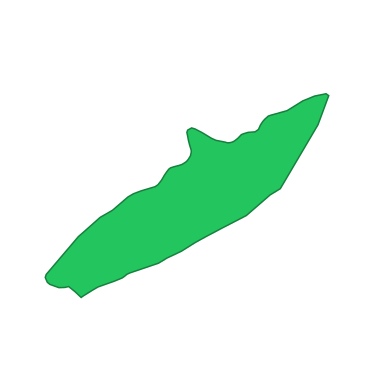 Zunilito, Suchitepéquez, Guatemala, rotated 36°
{"feature_id": "79465075B91860193952418", "entity_name": "Zunilito", "entity_type": "district", "adm_level": 2, "iso_a3": "GTM", "parent_name": "Guatemala", "parent_adm1": "Suchitepéquez", "projection": "natural_earth1", "projection_center": [-91.502, 14.633], "detail": "fine", "context": "isolated", "style": "filled", "palette": "green", "viewbox_px": 384, "rotation_deg": 36, "n_neighbors": 0, "source": "geoboundaries", "source_scale": "gbopen_adm2", "svg_char_len": 1178}
<svg xmlns="http://www.w3.org/2000/svg" viewBox="0 0 384 384"><g transform="rotate(36 192 192)"><path d="M246.0,33.7L242.7,33.7L234.8,42.3L228.1,53.1L221.1,70.3L210.8,83.3L209.1,85.7L208.1,90.3L207.8,93.3L208.0,97.6L209.0,102.3L207.7,106.2L202.4,110.7L199.4,114.6L198.2,116.6L197.5,121.8L196.3,125.9L195.2,128.0L193.4,130.1L191.7,131.4L189.4,132.2L181.0,136.1L176.1,137.1L165.3,138.0L157.4,139.2L154.0,140.4L152.1,144.5L152.8,146.8L155.9,149.6L158.6,152.2L162.7,155.6L166.6,158.5L168.0,160.2L169.5,163.8L169.8,167.7L169.6,170.6L168.5,173.7L167.5,175.9L165.5,178.6L162.6,182.1L160.5,185.0L159.8,187.1L159.7,190.4L159.8,194.6L160.4,200.3L160.2,206.1L159.0,209.4L150.3,220.8L145.7,227.7L143.1,233.7L138.4,253.5L132.6,266.5L128.8,283.8L126.3,294.9L122.5,344.4L123.5,347.4L126.0,348.9L128.1,350.1L131.3,350.3L140.6,347.6L145.2,344.0L147.8,341.0L155.9,341.4L164.3,342.5L165.3,339.6L169.4,329.5L170.9,326.1L171.9,323.9L181.4,310.1L186.0,302.7L187.0,299.8L187.7,296.9L189.3,294.0L206.8,269.2L210.6,260.1L218.2,246.2L224.2,231.3L226.6,226.1L229.9,219.1L237.5,203.6L249.8,179.1L256.9,148.5L261.5,137.4L254.4,63.5L246.0,33.7Z" fill="#22c55e" stroke="#15803d" stroke-width="1.5"/></g></svg>